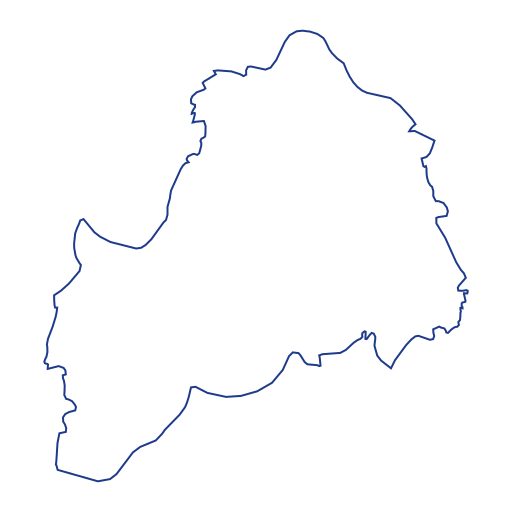 outline of Southern Ostrobothnia
{"feature_id": "FIN-3183", "entity_name": "Southern Ostrobothnia", "entity_type": "Province", "adm_level": 1, "iso_a3": "FIN", "parent_name": "Finland", "parent_adm1": "", "projection": "orthographic", "projection_center": [23.15, 62.738], "detail": "fine", "context": "isolated", "style": "outline", "palette": "blue", "viewbox_px": 512, "rotation_deg": 0, "n_neighbors": 0, "source": "natural_earth", "source_scale": "10m", "svg_char_len": 3690}
<svg xmlns="http://www.w3.org/2000/svg" viewBox="0 0 512 512"><path d="M343.7,63.3L346.5,70.3L349.7,76.7L353.3,82.3L357.4,86.9L362.0,90.5L367.0,92.8L390.5,98.1L399.8,105.4L412.2,119.3L415.5,124.3L412.6,126.7L410.8,128.7L409.2,131.3L414.8,131.0L434.5,140.6L432.2,147.6L429.8,153.4L426.4,157.0L421.6,158.5L423.4,166.2L424.6,166.9L425.4,166.3L425.9,166.1L426.5,168.6L426.5,171.2L426.7,174.9L427.2,178.1L428.4,182.2L430.2,185.2L432.1,186.9L433.3,191.0L433.3,196.2L435.8,201.1L438.7,201.2L443.5,203.0L446.8,207.5L447.9,211.3L446.6,215.9L438.3,217.1L436.3,217.9L436.4,223.4L445.1,237.6L456.3,262.4L460.9,269.9L463.9,273.3L465.8,277.8L459.0,285.5L457.8,287.7L458.3,290.6L462.6,290.8L466.5,290.1L467.7,290.8L467.6,292.5L467.1,293.5L464.0,293.2L463.9,294.2L464.3,295.2L464.5,296.3L465.2,299.5L465.5,300.6L465.3,301.8L462.3,302.6L461.7,303.3L461.7,303.9L461.7,305.9L462.0,307.0L462.5,307.2L462.5,308.3L462.2,308.2L460.7,307.8L460.4,307.9L460.4,309.5L460.8,310.9L460.8,311.8L460.4,312.9L460.4,315.9L460.0,320.1L458.4,321.9L458.5,323.2L458.9,325.0L457.3,326.7L455.5,327.0L453.8,327.7L450.8,330.0L448.0,332.9L446.3,332.5L445.8,330.7L444.4,328.5L442.5,327.9L441.3,327.7L439.3,326.6L433.2,329.3L433.4,332.6L434.2,336.1L433.1,339.1L430.0,339.8L418.4,335.8L415.3,336.4L411.3,339.5L406.2,345.0L395.0,360.2L391.0,368.3L381.0,360.5L377.2,355.5L374.5,345.9L374.7,343.0L375.2,339.9L375.3,336.8L373.8,333.7L371.7,332.9L369.8,334.8L367.7,337.7L366.6,339.1L365.4,338.9L365.7,331.8L364.6,331.3L363.5,332.1L362.3,333.3L362.1,335.1L362.4,336.9L360.2,339.0L357.8,339.9L353.7,342.7L345.9,349.9L340.3,352.9L322.5,354.2L319.2,355.4L319.6,357.0L320.0,360.2L320.5,365.7L319.2,366.1L317.5,365.2L307.4,364.3L304.7,362.1L300.3,355.1L298.5,353.1L292.8,352.4L289.0,356.2L282.8,369.9L272.0,382.8L257.2,391.3L241.0,395.9L226.1,396.9L207.4,392.9L195.5,386.8L191.0,387.4L188.8,396.8L187.0,402.6L185.1,407.1L179.7,414.6L164.8,429.9L162.2,433.7L155.7,440.5L140.2,446.9L132.9,452.4L116.5,474.1L110.0,479.1L97.9,481.3L57.7,469.9L57.2,468.3L56.8,466.6L56.4,465.3L55.9,464.7L56.4,460.4L57.5,442.9L59.4,433.3L65.8,431.9L66.2,428.3L65.0,424.5L63.2,421.6L63.0,417.4L65.2,414.1L69.2,412.0L75.2,410.4L76.0,407.0L74.8,404.6L72.1,401.2L68.5,399.4L66.2,398.9L64.3,395.1L64.5,391.7L64.7,385.6L64.0,380.9L63.0,378.3L62.8,375.3L65.8,374.4L65.4,370.4L63.6,367.9L58.7,366.1L47.7,368.9L47.7,368.4L48.0,364.5L47.4,363.9L45.8,363.6L44.9,363.2L44.3,361.7L45.4,358.7L46.4,356.9L47.4,352.2L47.3,346.9L46.9,344.5L48.0,338.8L52.7,326.5L55.6,317.0L56.6,312.4L57.2,307.6L55.1,307.6L54.6,305.7L54.2,300.1L54.1,295.3L61.1,290.6L68.9,283.6L79.5,271.1L80.9,265.0L79.4,263.0L76.6,258.3L75.5,255.4L74.2,247.9L74.1,243.6L75.2,233.4L77.1,228.0L79.1,223.7L80.2,220.5L83.5,219.1L94.4,232.3L100.1,236.7L110.4,242.0L136.1,248.5L141.1,247.8L145.7,244.9L151.4,239.2L163.6,222.3L166.0,220.0L167.5,214.7L167.5,206.9L169.9,198.3L170.2,195.5L171.1,190.4L180.8,169.0L183.0,165.5L185.6,163.1L188.6,162.3L187.1,160.5L186.6,159.0L188.0,156.3L192.7,154.1L194.2,153.9L197.2,154.9L199.2,153.3L201.2,146.0L201.3,142.8L200.4,141.1L201.4,138.7L203.5,137.7L205.1,136.5L205.4,134.4L205.6,126.1L203.9,121.0L195.3,121.8L193.7,122.4L192.6,122.5L193.1,121.2L194.9,114.3L194.7,113.0L193.1,113.2L191.7,113.8L191.8,113.0L193.0,110.2L195.0,107.1L195.0,104.8L194.2,104.7L191.2,103.3L191.0,99.2L192.4,96.2L196.7,92.3L203.8,89.7L205.4,88.4L205.0,87.6L202.7,82.9L204.0,81.5L215.8,74.3L213.9,70.9L218.0,70.4L231.4,71.4L239.9,74.1L243.5,76.1L246.2,74.7L246.1,70.3L247.9,66.8L251.1,66.5L265.4,69.6L270.6,67.6L276.3,60.0L284.8,41.9L289.5,35.3L296.6,31.3L302.5,30.7L310.0,31.6L317.5,34.0L323.3,38.0L325.3,41.0L329.3,49.4L332.0,53.2L337.3,58.6L343.7,63.3Z" fill="none" stroke="#1e3a8a" stroke-width="2"/></svg>